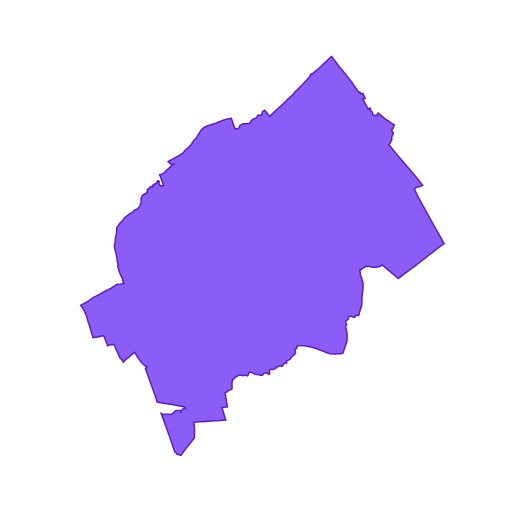 Scornicesti, Olt, Romania (Equal Earth projection), rotated 251°
{"feature_id": "2599482B90884905800424", "entity_name": "Scornicesti", "entity_type": "district", "adm_level": 2, "iso_a3": "ROU", "parent_name": "Romania", "parent_adm1": "Olt", "projection": "equal_earth", "projection_center": [24.55, 44.575], "detail": "fine", "context": "isolated", "style": "filled", "palette": "violet", "viewbox_px": 512, "rotation_deg": 251, "n_neighbors": 0, "source": "geoboundaries", "source_scale": "gbopen_adm2", "svg_char_len": 6089}
<svg xmlns="http://www.w3.org/2000/svg" viewBox="0 0 512 512"><g transform="rotate(251 256 256)"><path d="M268.6,436.6L279.3,432.8L305.7,422.4L318.0,417.9L318.9,419.4L322.0,422.5L323.4,422.5L324.9,423.6L326.2,425.1L328.1,426.0L330.5,425.1L330.9,425.1L332.5,427.5L334.4,428.8L334.9,429.5L338.4,426.5L340.9,425.1L341.6,424.3L342.1,423.9L343.2,422.8L344.3,422.4L351.4,418.1L350.6,416.9L349.6,416.8L349.4,416.5L349.4,416.1L350.1,415.0L350.0,414.7L350.0,414.2L350.8,413.3L351.5,412.9L351.8,412.3L352.2,412.2L352.8,412.6L354.1,412.7L355.0,412.5L355.6,412.1L355.8,411.6L356.2,411.3L356.8,411.4L357.5,412.1L358.2,412.2L358.7,412.0L358.8,411.7L358.2,410.8L358.2,410.3L358.4,410.0L369.7,408.0L369.5,409.3L369.9,409.3L369.6,410.5L374.9,410.1L375.0,408.1L377.3,407.5L377.1,406.5L389.9,402.9L394.8,401.1L398.6,400.0L400.3,399.2L403.3,398.2L407.3,396.6L420.1,392.4L419.4,390.5L418.6,389.1L415.2,381.2L414.2,379.7L413.0,376.8L410.7,370.3L410.1,369.2L410.0,368.4L410.2,367.9L410.2,367.4L409.4,366.3L408.3,365.5L407.6,364.5L402.4,354.6L398.3,346.0L396.5,343.4L395.3,340.2L393.3,335.8L391.6,332.5L385.9,319.3L383.5,314.3L389.3,312.4L390.8,311.7L391.0,311.4L390.5,310.1L390.6,309.9L390.5,309.5L389.9,309.1L389.0,308.1L388.3,307.8L387.3,306.4L387.4,306.0L387.8,305.8L387.8,305.2L388.4,304.2L388.5,303.5L388.1,302.9L386.4,301.6L386.3,297.5L385.1,294.9L383.5,293.4L383.5,293.1L383.6,292.2L384.3,290.4L384.2,289.7L385.0,288.0L385.2,286.3L384.8,285.4L384.8,283.7L384.4,283.0L382.6,281.5L382.2,280.7L382.1,279.9L382.2,279.5L383.1,278.6L383.1,277.5L394.2,277.5L394.4,275.6L394.7,274.4L395.1,269.6L394.9,266.9L395.0,264.8L394.7,262.9L394.8,262.6L394.6,262.2L394.7,261.7L394.6,260.8L394.9,257.0L394.8,255.3L395.0,252.3L394.3,248.2L392.8,244.9L386.9,237.8L385.5,235.2L383.9,232.6L383.6,232.7L381.2,228.7L378.7,222.8L377.2,220.6L376.9,219.3L376.4,218.0L374.2,205.3L373.8,203.6L371.8,204.7L370.6,205.6L369.8,206.8L369.5,207.8L369.0,205.6L368.0,203.6L366.3,199.5L364.3,195.8L364.0,193.1L364.3,191.4L353.0,191.6L353.0,191.3L352.8,191.0L353.0,190.9L352.9,190.0L353.1,189.5L353.5,189.2L353.1,188.9L353.3,188.2L354.0,188.2L354.9,187.8L356.1,187.8L357.6,188.8L357.9,188.3L358.8,188.4L359.2,187.7L358.5,187.3L358.3,187.3L358.1,187.0L358.2,186.5L357.7,186.5L357.5,186.2L357.1,185.7L357.3,184.8L356.9,184.4L357.1,184.0L356.6,183.0L356.9,182.3L356.5,181.2L355.4,181.5L355.2,180.5L355.5,179.8L355.4,179.5L355.7,179.3L355.7,178.7L355.6,178.2L354.7,176.8L354.7,176.2L354.4,175.3L354.0,175.2L353.9,174.9L353.3,174.7L353.1,174.4L352.6,174.6L351.6,173.8L351.6,173.4L351.2,173.3L351.3,172.7L350.6,172.1L350.7,171.3L351.1,171.0L351.1,170.6L350.8,170.0L350.4,169.6L350.5,168.8L349.7,167.6L347.6,165.9L344.6,165.1L343.3,164.2L342.8,163.7L341.4,162.9L340.8,162.1L339.9,160.4L339.2,159.6L339.0,159.0L339.1,158.1L338.9,156.1L338.4,154.8L337.5,153.7L337.3,153.4L337.3,151.3L335.8,146.7L334.2,142.9L333.4,142.2L331.4,138.0L329.6,135.8L328.3,133.7L323.1,131.6L318.8,129.0L315.3,127.4L311.3,125.2L300.5,124.0L294.8,122.9L292.7,123.2L292.3,122.5L291.8,122.0L291.1,121.9L289.5,122.1L288.7,121.6L283.2,121.7L276.7,122.5L276.4,121.9L273.2,122.2L273.5,117.9L274.2,116.7L274.4,114.7L273.3,111.3L273.2,109.8L273.0,109.7L272.8,108.8L272.2,104.9L272.0,102.3L270.7,95.9L269.9,89.5L268.9,85.6L268.3,84.1L267.2,78.9L266.5,74.2L260.5,75.7L253.8,76.2L247.5,75.8L244.1,75.9L236.3,75.4L231.8,75.4L231.0,79.4L230.5,84.8L230.3,85.7L230.0,86.1L219.4,86.5L219.6,88.0L218.8,91.4L218.7,93.0L212.5,93.4L203.0,94.3L202.9,94.5L202.8,95.2L198.8,96.0L200.7,99.5L201.7,103.1L202.7,104.7L203.5,106.9L203.8,108.5L204.1,108.9L204.3,110.1L199.0,111.0L192.9,112.9L191.0,113.7L188.6,115.2L186.5,116.7L185.8,114.8L154.8,115.2L150.0,115.0L146.9,120.6L144.8,124.8L137.0,138.6L136.7,139.0L134.8,139.6L135.4,138.6L135.3,137.8L134.8,135.9L134.0,135.1L133.3,134.8L132.9,134.3L134.5,134.4L135.0,133.3L135.1,132.0L136.1,129.9L134.6,127.1L133.8,124.6L134.6,122.1L135.1,121.3L135.5,119.8L136.0,119.2L135.8,118.2L136.4,116.9L138.0,115.1L111.4,115.5L97.3,115.4L96.8,115.9L95.7,116.5L94.9,116.5L94.3,116.9L91.9,120.1L92.0,120.2L96.1,126.0L104.0,138.5L112.3,141.6L118.9,143.1L118.6,145.1L116.8,151.6L116.6,151.8L114.5,160.3L112.4,167.4L110.7,174.0L123.8,174.5L122.6,179.9L136.6,182.1L136.8,182.2L136.9,184.3L137.9,186.7L137.7,188.5L138.0,189.6L138.4,190.2L143.8,191.9L145.6,193.0L146.4,193.7L148.1,196.9L148.9,201.0L148.3,202.7L147.0,204.8L146.7,207.5L145.7,208.2L145.6,209.4L148.3,211.5L147.5,213.8L144.9,216.1L143.6,218.3L143.0,219.9L141.9,221.1L141.2,222.8L141.3,223.6L142.2,224.6L142.6,225.5L142.4,226.4L141.8,228.1L140.3,229.1L139.9,229.8L140.2,230.5L141.2,230.8L141.8,230.7L142.6,231.1L143.3,231.5L143.9,232.1L144.0,233.0L143.1,235.0L143.0,235.8L143.2,236.6L143.6,237.4L143.6,238.8L144.1,239.3L144.0,240.1L144.3,241.1L144.3,241.6L144.2,243.4L144.1,243.8L143.4,244.0L143.3,245.1L144.6,246.9L145.4,248.3L144.7,250.0L145.5,250.5L146.8,250.8L147.0,251.4L147.0,252.9L147.3,254.5L148.8,256.6L149.2,257.5L150.2,258.8L150.2,259.2L150.0,259.8L150.3,260.5L151.9,261.9L154.7,262.4L155.1,262.9L155.2,264.0L155.3,264.4L157.3,265.1L157.5,265.3L157.2,266.1L157.0,268.2L155.3,272.7L152.0,278.4L149.2,282.4L145.3,286.9L144.0,288.7L141.5,291.4L139.0,295.0L138.5,296.8L137.5,298.5L137.4,299.7L135.7,305.8L135.8,306.5L140.5,310.2L146.0,314.3L151.1,316.3L155.6,317.3L160.0,317.7L160.5,318.1L160.9,318.8L161.3,319.2L162.2,319.4L164.1,319.0L164.8,319.4L165.3,319.9L165.9,321.8L166.9,323.1L168.8,324.6L168.8,324.9L168.0,326.4L166.6,327.9L166.1,328.7L166.1,329.2L166.1,329.6L166.8,330.1L167.0,330.8L167.0,331.4L166.5,333.0L166.9,334.3L169.2,335.6L174.6,339.7L177.6,341.0L182.5,342.7L189.6,346.2L195.3,348.3L196.0,348.5L197.2,348.4L201.1,348.7L203.9,348.5L205.1,348.7L207.0,349.3L208.2,349.2L209.1,350.0L208.7,350.3L209.2,351.2L209.8,353.5L210.4,356.2L210.3,356.7L209.7,358.0L209.8,358.4L209.5,359.2L207.8,361.9L206.5,364.9L206.1,366.5L205.9,368.8L206.0,371.0L206.7,372.2L188.4,383.2L191.8,393.5L194.3,401.6L203.4,428.2L204.8,432.0L206.4,437.8L218.0,435.9L223.6,434.7L259.3,428.5L267.8,427.5L268.3,429.1L268.8,430.0L268.3,432.4L268.5,435.9L268.6,436.6Z" fill="#8b5cf6" stroke="#5b21b6" stroke-width="1.5"/></g></svg>